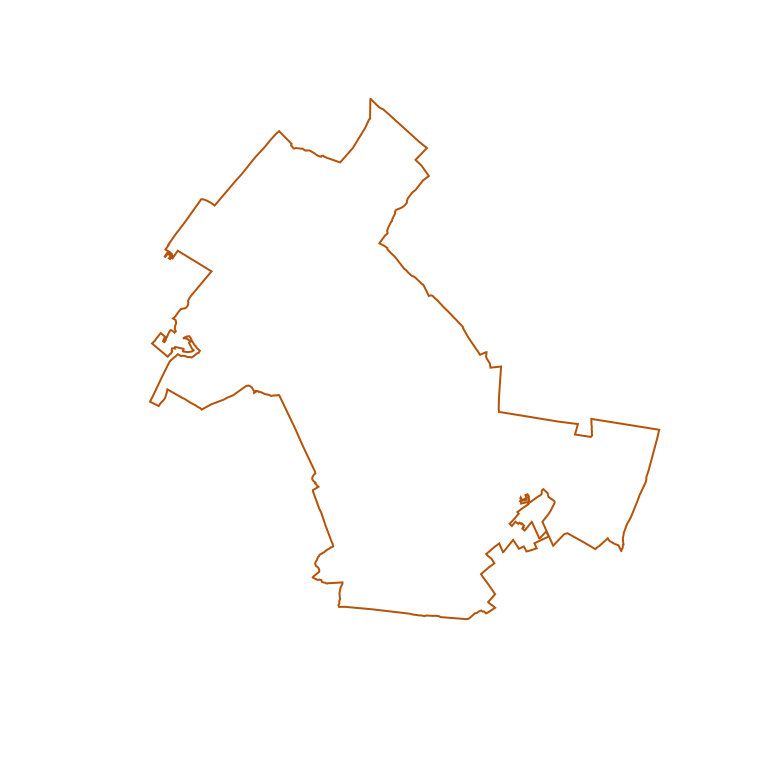 the district of Simnicu De Sus, Dolj, Romania, rotated 327°
{"feature_id": "2599482B71423857847372", "entity_name": "Simnicu De Sus", "entity_type": "district", "adm_level": 2, "iso_a3": "ROU", "parent_name": "Romania", "parent_adm1": "Dolj", "projection": "equal_earth", "projection_center": [23.793, 44.407], "detail": "fine", "context": "isolated", "style": "outline", "palette": "amber", "viewbox_px": 768, "rotation_deg": 327, "n_neighbors": 0, "source": "geoboundaries", "source_scale": "gbopen_adm2", "svg_char_len": 6142}
<svg xmlns="http://www.w3.org/2000/svg" viewBox="0 0 768 768"><g transform="rotate(327 384 384)"><path d="M497.4,649.2L498.8,646.0L500.5,643.2L502.4,641.4L504.2,639.3L511.6,633.8L516.1,631.6L519.8,629.3L532.8,620.2L537.4,616.7L550.0,608.9L551.9,607.1L553.4,604.9L558.4,601.0L583.4,578.5L589.9,572.3L538.9,526.2L535.7,531.4L534.9,533.3L534.0,534.3L532.6,537.0L531.6,538.3L530.5,540.5L528.6,541.0L516.7,530.4L524.8,523.2L510.0,510.7L465.2,470.0L466.8,467.1L472.9,458.2L491.7,433.1L482.2,428.3L484.0,424.2L484.0,418.7L484.5,416.7L487.3,413.2L486.5,412.8L480.5,411.8L480.2,411.5L480.5,410.3L480.1,394.4L480.1,390.2L480.7,380.3L481.2,379.6L481.1,378.0L477.4,358.7L475.9,352.2L474.3,342.7L473.4,340.0L472.8,336.7L472.0,335.5L469.5,334.4L469.9,332.3L471.0,322.5L470.3,320.7L468.1,311.4L467.1,309.5L466.4,308.8L465.9,307.3L465.0,303.8L464.5,300.2L463.7,298.5L462.4,282.9L461.6,279.9L460.3,273.8L460.3,272.8L460.9,271.8L459.5,268.4L457.4,264.6L456.7,263.6L457.6,263.1L465.7,260.1L468.5,259.7L469.3,259.3L470.0,257.3L472.8,255.1L478.6,251.7L479.3,251.8L480.7,250.3L486.1,247.1L487.3,245.3L488.5,244.7L490.0,244.7L494.0,245.6L496.7,245.7L499.0,245.4L501.6,244.6L503.5,242.5L504.9,241.4L511.2,239.1L512.9,238.7L516.4,238.4L527.6,234.5L534.9,234.0L534.4,221.2L532.5,213.2L548.5,209.5L545.5,200.2L533.0,153.4L531.2,150.5L530.4,148.6L528.1,137.8L527.9,137.6L527.2,138.4L516.9,153.8L516.1,153.8L515.2,154.2L507.8,158.9L486.5,169.1L467.9,174.3L459.3,163.2L457.5,160.4L457.2,159.4L454.8,158.6L454.7,158.8L453.3,157.2L452.4,155.7L451.5,153.1L449.2,148.4L448.5,147.4L445.1,145.3L443.8,142.2L442.8,141.6L438.6,138.1L437.1,137.7L436.4,137.0L436.0,133.1L437.3,132.3L433.7,114.8L429.6,115.4L421.7,117.5L412.0,120.6L399.9,123.6L378.6,130.6L369.5,133.0L339.2,142.1L337.6,138.0L335.7,134.4L333.3,131.0L331.4,129.5L305.6,139.7L289.5,145.4L278.8,149.8L279.0,150.2L274.0,152.2L275.4,155.3L269.6,157.6L269.9,158.3L275.8,156.0L276.2,156.9L273.9,157.9L274.4,159.1L276.5,158.3L276.9,159.5L272.1,161.5L272.7,162.7L276.5,161.2L276.8,161.9L274.7,162.9L275.0,163.5L283.6,159.9L300.7,195.6L269.3,205.2L265.6,207.1L264.5,208.2L264.3,209.0L263.2,210.5L262.0,211.3L260.0,212.1L258.6,212.2L254.6,210.5L250.0,212.0L246.1,213.6L242.7,214.1L243.8,216.1L243.9,217.1L243.7,218.0L242.9,219.7L242.3,220.3L241.3,220.8L240.0,222.0L238.6,223.8L238.1,226.4L236.4,226.8L236.5,226.3L235.8,225.1L235.1,223.3L234.7,222.8L234.0,222.5L229.5,225.0L228.0,226.1L225.2,227.5L225.0,228.3L222.7,229.3L222.0,227.8L226.1,225.0L224.5,219.7L217.4,222.0L215.8,222.8L211.5,223.7L217.5,243.3L220.9,242.4L222.0,242.4L224.1,241.4L224.2,241.1L224.0,240.4L225.6,238.7L227.1,239.5L227.8,240.2L227.9,239.6L228.1,239.5L228.3,239.9L229.1,239.3L231.7,241.8L235.0,245.4L234.9,245.8L233.2,246.9L233.1,247.1L233.7,247.7L236.4,250.1L237.8,250.9L240.6,252.1L242.7,252.2L242.8,252.1L242.7,251.7L242.3,250.9L242.2,250.2L242.8,243.3L243.4,243.0L244.9,243.2L245.6,242.8L244.1,240.9L243.9,239.6L243.4,238.8L242.1,237.3L241.0,236.7L241.2,236.3L243.9,236.6L246.6,237.7L246.8,238.1L246.9,240.9L246.5,242.6L246.3,247.9L246.7,250.0L246.7,251.9L247.7,255.8L245.6,256.9L244.1,256.5L239.7,257.0L237.3,257.0L236.7,256.7L236.4,256.1L235.6,255.4L234.5,254.9L233.6,254.2L233.0,252.9L231.7,251.5L230.1,250.4L229.1,250.2L227.4,246.8L217.8,248.1L216.6,248.4L215.1,249.2L201.9,257.0L184.2,267.9L178.1,271.4L183.1,279.8L186.6,278.2L189.9,277.6L192.8,276.5L197.6,272.5L199.4,270.5L207.6,286.4L208.4,287.4L211.5,294.2L214.3,299.2L215.4,302.1L216.4,303.4L217.1,305.4L217.1,306.1L228.3,307.0L240.9,309.8L245.2,310.1L251.1,311.3L267.0,310.6L269.2,311.3L270.2,312.2L271.2,314.6L271.2,317.7L271.4,319.7L270.4,320.2L270.2,320.8L272.0,320.8L272.5,319.9L272.8,320.0L274.7,321.7L274.5,322.3L275.8,323.3L276.9,324.7L278.6,327.5L281.7,330.6L282.7,332.4L285.5,333.7L287.8,335.1L289.4,335.8L290.0,336.3L285.2,373.2L282.2,391.6L278.4,420.0L277.7,421.6L275.7,421.9L273.1,423.2L272.0,424.7L271.9,426.7L272.8,429.3L272.0,429.7L272.4,431.1L272.7,433.3L273.0,434.5L266.7,434.3L266.0,435.2L261.8,453.3L261.3,457.7L257.8,471.3L254.0,488.5L254.0,489.8L253.4,491.0L252.9,492.5L251.9,492.6L250.3,492.1L249.0,492.3L246.1,492.0L241.8,492.5L240.6,492.2L239.5,492.4L237.2,492.1L235.5,493.1L234.2,493.3L231.6,495.2L230.0,495.9L228.5,497.0L228.0,498.7L227.9,499.6L228.5,500.9L228.8,502.8L228.4,504.6L228.0,505.5L227.3,506.2L219.8,507.0L218.9,507.4L219.1,508.1L221.8,512.4L223.1,512.7L224.7,514.4L224.1,516.0L224.2,516.5L226.4,518.6L227.3,520.2L228.7,520.7L241.1,527.8L240.2,529.1L237.0,530.8L232.7,535.2L230.8,538.7L230.1,540.5L228.3,541.6L227.2,543.5L225.2,544.8L224.9,546.4L230.0,549.7L251.0,566.2L280.4,590.6L282.4,592.8L287.2,597.0L289.2,598.4L291.5,600.7L293.4,601.2L298.3,604.8L301.8,607.0L303.6,608.6L304.5,610.3L325.2,626.2L326.7,626.8L328.2,626.9L335.4,625.9L336.9,626.6L339.3,626.4L341.8,626.8L342.3,627.1L342.6,628.4L343.9,629.2L344.6,631.9L346.4,632.2L355.3,632.2L354.6,629.6L352.8,625.0L352.6,623.6L362.7,620.8L362.4,609.2L361.8,600.1L361.8,596.3L371.1,595.0L378.9,594.5L379.0,589.0L377.4,584.5L377.1,582.3L388.4,580.8L393.8,580.5L392.2,589.8L393.3,589.7L407.4,585.1L407.5,595.7L412.8,596.4L412.3,602.0L415.7,603.2L422.5,605.0L423.4,599.5L439.0,601.6L439.8,596.0L430.8,598.2L430.3,598.1L430.2,597.8L432.8,580.9L432.8,580.1L422.2,583.5L421.3,580.7L422.9,580.4L422.6,579.6L424.3,579.0L423.6,576.0L422.9,576.2L422.1,574.1L420.5,574.5L419.2,571.1L413.9,572.7L413.2,569.7L419.8,568.1L426.4,566.1L426.1,564.1L432.5,563.6L439.6,563.5L440.1,561.2L433.9,559.0L435.0,556.3L434.7,556.2L436.1,555.2L436.2,554.0L436.9,553.5L436.7,557.3L437.6,557.7L438.1,556.9L439.3,557.1L439.2,558.4L440.7,558.8L440.8,557.0L441.7,557.1L442.1,554.2L444.3,554.7L444.3,555.7L443.8,557.2L444.1,557.3L442.3,560.4L441.3,562.8L452.1,562.3L454.8,562.5L456.4,562.0L458.3,559.3L460.4,559.0L461.8,564.7L460.4,568.3L462.8,574.2L463.0,575.4L462.7,576.2L462.1,576.8L454.6,581.1L450.6,582.9L441.8,585.8L437.8,611.7L452.9,608.2L453.9,608.2L456.6,609.1L465.5,625.9L471.3,637.6L473.9,637.1L476.3,637.1L487.6,635.3L487.5,637.6L488.1,639.6L488.9,640.8L490.2,643.5L492.8,647.0L492.0,652.7L492.2,653.2L494.0,651.8L494.6,651.6L495.4,650.9L496.6,649.1L497.4,649.2Z" fill="none" stroke="#b45309" stroke-width="2"/></g></svg>